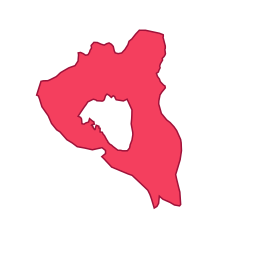 outline of Oyun, Kwara, Nigeria, rotated 156°
{"feature_id": "59680162B5525087107293", "entity_name": "Oyun", "entity_type": "district", "adm_level": 2, "iso_a3": "NGA", "parent_name": "Nigeria", "parent_adm1": "Kwara", "projection": "equal_earth", "projection_center": [4.677, 8.186], "detail": "fine", "context": "isolated", "style": "filled", "palette": "rose", "viewbox_px": 256, "rotation_deg": 156, "n_neighbors": 0, "source": "geoboundaries", "source_scale": "gbopen_adm2", "svg_char_len": 2604}
<svg xmlns="http://www.w3.org/2000/svg" viewBox="0 0 256 256"><g transform="rotate(156 128 128)"><path d="M188.5,206.0L198.1,195.2L196.8,193.8L197.0,190.7L198.0,182.4L195.9,171.7L196.0,163.3L193.9,155.4L191.7,152.1L188.6,142.2L185.0,137.0L182.0,131.6L175.7,127.3L169.4,122.6L159.7,120.6L157.7,116.6L158.9,113.8L163.6,112.5L162.1,108.6L161.4,106.4L158.8,98.9L146.6,86.0L143.5,83.1L137.3,68.3L135.2,63.1L135.0,58.4L135.4,53.5L136.6,44.2L133.5,44.6L130.7,46.7L127.1,53.0L125.0,48.6L119.8,42.9L116.9,38.8L112.6,35.9L111.0,36.7L106.7,48.4L106.1,52.0L104.4,61.4L103.4,66.1L101.3,68.5L93.3,77.8L88.4,85.5L85.5,92.8L84.6,96.1L84.6,99.7L84.6,105.8L85.5,110.5L87.3,115.8L89.4,119.7L89.9,121.6L91.6,127.7L90.2,137.4L88.8,140.2L85.3,145.2L82.4,147.1L77.6,149.5L77.1,151.4L78.0,152.6L79.5,156.7L79.6,158.1L79.4,159.9L80.1,163.1L79.8,166.4L77.5,166.8L76.2,168.2L74.2,169.9L73.9,171.7L72.4,173.4L68.8,176.0L68.4,177.7L66.1,178.6L64.7,179.5L63.6,180.6L63.0,182.6L62.4,184.7L61.5,185.7L60.6,187.7L60.0,191.3L59.1,196.6L58.4,197.5L57.9,198.9L60.8,201.8L72.2,210.1L77.9,212.7L82.7,210.7L88.2,207.8L90.3,207.2L91.8,206.8L94.2,204.1L99.0,200.9L101.4,199.9L103.2,199.1L106.7,199.9L109.1,201.8L109.2,204.0L108.3,208.5L108.6,209.6L109.1,211.2L110.6,213.2L110.7,213.4L113.3,213.7L116.0,213.4L118.4,215.4L121.3,218.6L124.3,220.1L128.1,218.4L128.8,215.9L131.0,214.4L132.5,212.7L133.0,212.4L134.7,211.2L137.1,211.7L138.7,214.2L140.6,216.3L142.9,216.9L143.5,214.8L146.4,209.5L151.0,206.5L155.7,206.9L157.7,207.0L157.8,207.0L162.7,206.5L167.1,206.0L172.6,204.1L176.7,203.9L178.8,203.8L181.9,203.8L186.4,205.6L188.5,206.0ZM117.0,143.0L119.1,138.5L120.9,134.9L123.4,130.5L125.1,123.5L125.4,122.2L126.3,119.9L128.4,116.7L129.4,115.2L132.7,111.9L134.7,109.1L137.8,107.5L139.9,108.3L142.3,109.4L143.6,110.5L146.3,111.8L148.2,115.3L149.2,117.1L150.0,119.0L151.3,120.8L151.7,122.3L152.1,122.9L151.9,123.7L152.1,124.9L152.3,126.1L152.6,130.5L153.3,133.0L153.2,134.5L155.1,135.8L153.6,139.1L154.5,139.8L153.9,141.4L154.4,141.9L154.9,142.5L155.9,143.4L157.3,141.9L158.7,140.0L158.9,140.0L159.1,140.1L159.6,141.7L159.5,143.4L159.9,143.6L159.5,144.4L160.2,145.4L159.4,145.7L157.2,145.2L156.7,147.8L157.3,148.1L159.3,152.2L161.6,149.5L164.7,149.8L166.6,149.4L168.3,150.7L166.8,155.1L167.0,157.0L168.8,159.0L165.0,161.5L159.4,165.0L157.0,166.3L154.1,168.2L149.2,168.4L148.0,168.4L146.0,166.8L145.4,165.6L142.5,164.1L140.7,163.1L139.5,163.0L138.2,163.5L135.3,166.7L133.4,167.5L131.9,165.5L130.8,162.7L128.4,163.5L127.4,162.0L127.5,160.6L127.3,158.6L121.2,154.6L117.1,154.7L117.0,143.0Z" fill="#f43f5e" stroke="#9f1239" stroke-width="1.5"/></g></svg>